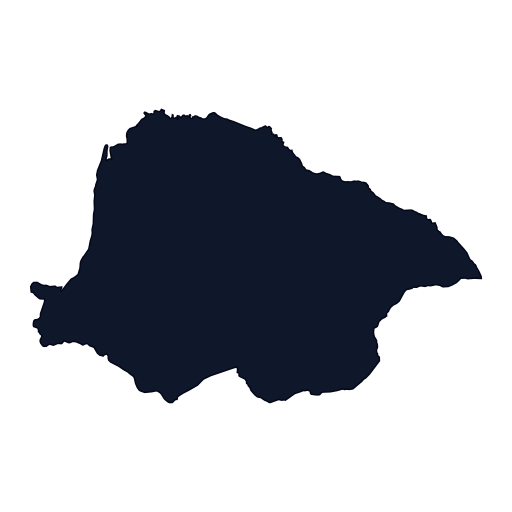 the district of El Guabo, El Oro, Ecuador
{"feature_id": "8360857B6127992117214", "entity_name": "El Guabo", "entity_type": "district", "adm_level": 2, "iso_a3": "ECU", "parent_name": "Ecuador", "parent_adm1": "El Oro", "projection": "orthographic", "projection_center": [-79.785, -3.163], "detail": "fine", "context": "isolated", "style": "filled", "palette": "ink", "viewbox_px": 512, "rotation_deg": 0, "n_neighbors": 0, "source": "geoboundaries", "source_scale": "gbopen_adm2", "svg_char_len": 6023}
<svg xmlns="http://www.w3.org/2000/svg" viewBox="0 0 512 512"><path d="M271.3,128.6L269.5,126.7L268.7,126.6L268.3,127.1L266.9,127.5L266.2,126.6L265.3,126.0L262.2,127.5L261.7,128.0L260.1,128.1L257.3,129.8L255.3,130.3L251.4,128.5L245.2,126.4L233.7,121.7L229.1,120.2L226.9,119.1L225.1,119.0L223.0,118.3L219.7,116.7L217.0,115.0L215.2,113.2L214.1,112.7L212.9,112.8L209.9,114.1L208.9,114.9L206.6,118.2L204.5,119.1L202.3,118.9L200.9,118.0L198.3,117.2L197.3,116.4L195.2,115.9L193.6,116.9L192.7,117.0L193.0,118.3L192.2,118.5L191.2,118.4L189.5,117.2L190.6,115.5L190.1,114.7L189.4,115.0L189.3,115.9L188.7,116.5L187.2,115.8L185.2,116.3L184.2,115.2L183.5,115.2L182.8,115.5L181.0,117.7L179.1,116.1L177.6,115.7L177.2,116.0L177.1,116.7L178.4,118.6L178.1,119.0L177.6,119.1L177.1,119.0L175.9,117.6L174.5,118.4L173.4,117.8L172.9,116.8L173.1,115.2L172.4,114.8L172.0,117.4L170.9,118.5L170.3,118.7L169.9,118.5L169.2,117.2L167.2,115.7L164.8,114.6L164.0,112.9L164.3,110.6L161.4,109.4L160.4,111.1L159.5,111.6L157.8,111.4L155.6,110.6L154.7,110.9L154.1,111.6L154.1,113.9L153.4,114.2L151.4,113.7L150.1,114.1L148.9,114.1L145.1,112.2L144.5,112.3L144.2,112.8L144.3,113.6L146.0,115.3L145.6,116.5L144.5,118.0L141.8,119.4L138.7,123.4L136.6,125.5L137.3,126.2L130.0,128.6L128.3,130.3L127.1,132.5L126.7,133.8L126.6,136.2L127.2,139.1L127.3,141.9L127.0,143.5L125.8,144.0L123.2,144.1L122.8,144.4L120.7,144.1L118.1,144.3L115.0,146.2L112.8,147.1L111.5,147.1L110.4,147.4L110.1,150.6L111.6,159.4L110.6,159.0L109.0,159.0L106.4,160.5L106.1,160.4L105.8,159.9L106.9,155.5L106.9,150.9L107.7,146.2L107.1,145.0L105.9,145.1L105.0,146.3L104.1,149.1L101.5,160.7L97.6,170.4L96.7,175.0L97.5,179.2L97.3,180.5L95.9,184.5L95.6,186.4L94.5,189.1L94.1,190.9L94.8,195.0L94.2,201.2L94.5,209.3L93.6,214.3L93.3,223.8L92.1,229.6L92.3,233.3L91.9,235.8L90.3,241.1L88.8,249.1L84.0,256.1L83.1,257.0L81.0,260.8L80.4,262.8L80.0,268.1L78.1,274.5L74.5,277.4L71.1,279.2L67.2,283.8L62.0,290.7L61.3,291.2L60.5,289.9L61.5,288.5L61.7,287.0L56.8,287.5L55.1,286.2L49.7,286.7L46.5,285.4L43.3,285.4L41.2,284.7L37.1,282.4L33.6,282.5L32.0,284.0L30.7,286.6L31.2,292.0L33.5,292.7L34.9,294.7L39.1,298.3L40.1,298.8L44.1,299.0L44.5,299.3L44.7,300.0L44.4,302.3L40.5,313.7L40.5,316.4L40.1,317.4L39.4,318.4L37.5,319.5L35.1,319.8L34.3,320.3L33.7,321.3L33.3,323.9L33.4,325.9L33.8,326.6L37.5,327.9L38.0,328.5L38.5,329.8L38.5,331.7L39.8,332.9L39.9,333.7L41.5,335.0L41.8,335.8L41.6,337.2L40.4,339.4L40.1,340.9L40.6,342.9L42.8,345.9L44.1,346.4L46.4,346.2L48.6,344.5L49.8,344.2L53.4,345.2L57.7,343.4L61.5,343.6L62.1,343.2L63.6,341.3L64.6,341.0L68.7,342.7L70.0,342.6L72.3,341.5L75.7,341.6L80.5,343.6L82.8,345.0L85.9,343.6L87.6,343.7L89.7,345.7L94.0,347.3L97.4,353.1L99.7,355.1L102.7,355.9L102.4,355.2L103.2,355.5L105.9,354.1L106.8,354.1L107.7,355.1L108.3,356.2L108.2,358.1L108.7,360.1L110.7,362.1L118.6,366.1L124.0,369.8L127.8,371.9L129.8,373.7L132.6,375.7L133.6,376.6L134.4,377.9L135.6,383.4L137.4,387.6L139.2,390.1L140.5,390.9L144.7,392.4L151.8,391.7L155.6,390.9L157.0,390.9L158.1,391.4L160.1,392.7L161.4,394.0L164.3,398.7L166.1,400.4L168.3,402.1L169.7,402.6L172.3,402.5L175.0,399.8L176.1,399.4L177.0,399.4L177.5,397.0L178.1,396.3L183.0,393.1L188.5,390.3L197.5,385.1L203.4,379.1L210.7,375.6L232.1,368.3L236.4,367.0L237.6,368.5L237.3,372.5L238.9,373.1L239.1,373.8L239.0,375.7L239.4,376.2L245.2,379.1L246.6,381.5L246.6,383.3L248.0,384.4L248.3,385.8L249.9,387.4L251.1,390.5L254.9,394.8L257.5,396.9L260.8,397.5L264.4,400.0L268.0,401.6L269.0,402.4L270.2,402.5L278.6,399.5L281.7,400.2L284.7,399.8L285.2,400.2L285.5,400.1L294.8,393.5L301.8,391.2L301.9,390.5L304.2,390.7L307.8,390.2L309.9,390.9L310.7,393.6L311.4,394.2L315.5,394.8L318.5,394.9L319.8,394.5L321.4,392.7L322.6,392.1L330.3,391.8L337.2,390.5L341.9,389.1L343.7,389.1L344.4,389.5L346.1,389.2L349.5,389.4L352.9,388.8L361.9,381.2L363.4,379.4L365.7,377.9L369.5,374.0L379.4,360.9L379.3,357.1L377.5,355.5L377.6,353.9L376.6,352.3L376.5,349.7L377.5,347.3L377.3,344.4L376.6,342.5L376.5,340.4L374.3,336.7L373.6,333.8L373.5,331.9L373.9,328.0L375.8,327.4L377.4,326.2L378.9,321.6L380.8,319.7L382.4,318.4L384.9,317.3L385.9,316.3L386.6,316.1L386.5,313.8L386.8,312.8L388.4,311.4L389.3,309.3L390.9,307.0L393.5,304.8L396.5,303.4L399.2,301.1L404.2,292.0L405.8,290.1L407.0,289.4L409.4,289.0L412.1,288.2L413.2,287.1L416.8,287.3L418.7,286.3L420.9,285.8L425.0,286.4L427.8,285.5L430.9,285.7L435.8,284.6L439.9,285.3L442.9,286.8L448.2,286.5L452.1,284.9L456.5,282.5L459.6,279.5L460.8,278.0L461.7,278.2L465.1,278.0L467.7,278.7L474.3,278.2L481.3,278.5L481.1,276.2L478.5,270.8L476.4,267.3L475.9,265.7L475.2,264.7L474.1,264.0L472.2,261.3L470.2,259.9L469.3,258.5L466.9,253.0L464.0,249.3L457.6,242.2L457.0,241.2L453.6,238.2L449.0,236.9L445.2,236.8L442.9,235.8L440.9,233.5L440.2,232.2L438.7,231.4L437.0,229.8L436.9,227.3L435.1,222.9L432.1,223.3L431.6,223.1L431.3,221.6L430.3,219.6L429.8,219.5L428.4,219.8L426.9,219.2L426.4,218.1L426.3,216.0L422.6,215.3L422.0,214.8L420.9,214.6L420.3,214.1L417.7,213.3L416.7,212.4L414.6,211.7L412.3,210.3L410.3,210.1L403.8,210.5L402.2,209.5L399.2,208.3L394.7,205.7L393.7,204.3L393.1,204.0L389.2,203.0L385.8,202.8L384.2,201.5L381.6,200.2L380.7,199.2L377.8,197.2L375.5,196.0L373.0,192.7L370.9,191.3L370.2,189.4L368.4,188.0L368.1,185.7L367.6,185.4L367.4,184.7L366.6,184.1L366.4,183.5L365.8,183.0L363.8,182.4L361.9,182.4L358.3,181.1L356.3,181.4L354.4,181.1L350.5,182.1L348.9,181.8L344.6,181.9L342.1,181.0L341.6,180.6L340.5,178.9L339.9,177.0L339.4,176.6L332.8,176.3L329.8,174.7L326.0,173.5L323.2,172.0L319.8,173.5L316.2,174.1L312.3,172.8L310.9,171.7L308.7,170.5L306.3,170.2L305.5,169.4L304.3,167.6L302.3,166.2L301.4,163.3L299.6,159.6L298.1,158.0L295.3,156.6L294.8,155.4L293.3,153.8L292.4,152.3L291.8,150.3L290.5,150.6L290.1,150.5L288.7,149.4L287.5,147.4L285.8,147.3L282.8,145.6L282.8,145.0L283.6,142.3L281.8,141.5L282.0,139.4L281.1,137.7L279.7,137.9L277.7,137.6L277.0,137.2L277.1,136.1L276.7,135.8L276.8,135.2L276.4,134.8L275.5,134.9L274.9,136.3L273.6,134.2L271.7,134.2L272.0,132.6L271.4,131.3L270.9,129.3L271.3,128.6Z" fill="#0f172a" stroke="#020617" stroke-width="1.5"/></svg>